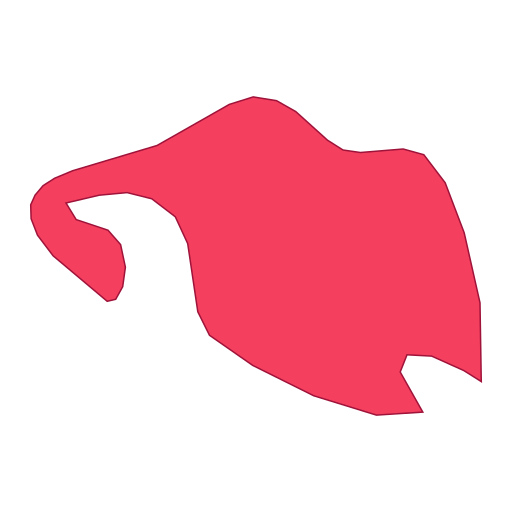 outline of National Capital District
{"feature_id": "PNG-1254", "entity_name": "National Capital District", "entity_type": "Province", "adm_level": 1, "iso_a3": "PNG", "parent_name": "Papua New Guinea", "parent_adm1": "", "projection": "mercator", "projection_center": [147.167, -9.459], "detail": "fine", "context": "isolated", "style": "filled", "palette": "rose", "viewbox_px": 512, "rotation_deg": 0, "n_neighbors": 0, "source": "natural_earth", "source_scale": "10m", "svg_char_len": 684}
<svg xmlns="http://www.w3.org/2000/svg" viewBox="0 0 512 512"><path d="M481.3,381.6L463.7,370.5L431.6,356.1L407.0,354.8L400.2,372.0L422.8,412.1L376.4,415.1L313.8,395.8L252.7,365.4L209.5,335.3L197.8,311.8L187.7,243.6L175.3,216.8L151.8,198.8L127.1,192.6L99.2,195.2L66.0,203.0L76.2,219.6L108.0,230.2L120.6,244.6L125.4,267.2L122.7,286.7L115.7,299.3L107.2,301.3L53.1,255.8L37.5,235.2L31.1,218.7L30.7,204.8L35.1,195.1L43.1,185.6L54.7,178.2L72.7,170.7L157.0,145.5L229.3,104.4L253.2,96.9L276.6,100.7L295.8,111.6L327.5,140.2L343.0,150.0L360.4,152.5L403.2,149.0L423.8,154.7L445.2,182.8L464.2,232.8L480.0,302.8L481.2,377.9L481.3,381.6Z" fill="#f43f5e" stroke="#9f1239" stroke-width="1.5"/></svg>